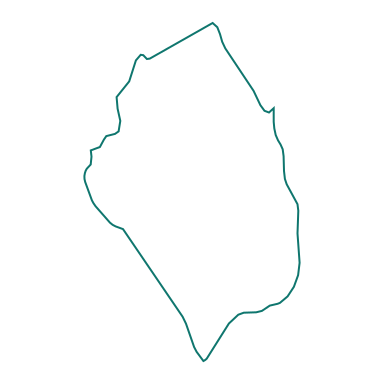 an SVG outline of Obock
{"feature_id": "DJI-1570", "entity_name": "Obock", "entity_type": "Region", "adm_level": 1, "iso_a3": "DJI", "parent_name": "Djibouti", "parent_adm1": "", "projection": "equal_earth", "projection_center": [43.052, 12.273], "detail": "fine", "context": "isolated", "style": "outline", "palette": "teal", "viewbox_px": 384, "rotation_deg": 0, "n_neighbors": 0, "source": "natural_earth", "source_scale": "10m", "svg_char_len": 976}
<svg xmlns="http://www.w3.org/2000/svg" viewBox="0 0 384 384"><path d="M146.9,59.0L149.8,58.6L212.6,23.0L217.3,27.2L220.0,34.1L222.2,41.8L225.3,48.4L253.6,90.9L260.4,105.2L264.5,110.8L269.0,112.5L273.7,108.2L273.7,121.9L274.3,128.4L275.7,135.0L278.0,140.3L280.6,144.6L282.7,149.3L283.6,156.2L284.0,171.0L284.9,178.9L286.7,184.3L297.5,204.2L298.3,210.8L297.5,233.4L299.6,262.8L298.1,275.2L293.9,286.8L287.6,296.4L279.9,302.9L277.6,303.8L269.8,305.6L261.9,310.9L256.2,312.3L243.8,312.7L238.3,314.7L228.9,323.5L206.7,358.7L205.2,360.0L203.4,361.0L196.6,351.8L194.1,347.0L186.0,323.7L182.6,316.7L123.0,229.1L115.6,226.4L112.6,224.8L109.9,222.6L95.6,206.3L93.4,203.1L91.9,200.3L85.2,182.0L84.5,179.0L84.4,176.0L84.9,173.1L85.7,170.7L86.8,168.7L90.7,164.5L91.5,156.7L90.8,150.4L99.9,147.0L103.9,139.6L106.3,136.1L115.0,133.9L118.6,131.4L120.3,120.9L117.6,108.7L116.6,97.1L129.2,81.4L135.9,60.4L140.7,54.8L143.3,55.2L146.9,59.0Z" fill="none" stroke="#0f766e" stroke-width="2"/></svg>